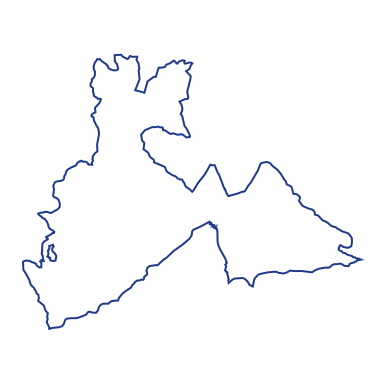 outline of Padang Lawas Utara, Sumatera Utara, Indonesia
{"feature_id": "22746128B6160471216736", "entity_name": "Padang Lawas Utara", "entity_type": "district", "adm_level": 2, "iso_a3": "IDN", "parent_name": "Indonesia", "parent_adm1": "Sumatera Utara", "projection": "albers", "projection_center": [99.778, 1.636], "detail": "fine", "context": "isolated", "style": "outline", "palette": "blue", "viewbox_px": 384, "rotation_deg": 0, "n_neighbors": 0, "source": "geoboundaries", "source_scale": "gbopen_adm2", "svg_char_len": 5863}
<svg xmlns="http://www.w3.org/2000/svg" viewBox="0 0 384 384"><path d="M129.9,56.1L128.4,58.4L127.5,59.1L122.6,56.6L121.3,54.8L114.7,55.1L114.8,61.3L117.0,64.2L118.1,68.3L118.0,69.3L116.8,70.2L113.6,70.4L110.0,69.2L108.2,67.8L107.7,65.6L106.7,65.3L106.1,64.0L102.3,61.6L99.6,59.0L98.2,59.5L97.4,59.0L94.6,63.2L93.6,66.7L93.8,69.0L95.0,71.7L94.8,75.8L93.4,78.1L91.8,79.2L91.9,81.2L90.5,83.9L90.4,85.5L90.9,86.5L92.6,87.7L93.1,88.6L93.0,91.9L93.7,93.6L93.8,95.6L95.3,97.0L96.9,97.6L97.8,98.8L100.4,98.8L101.0,99.3L99.3,103.2L95.0,107.8L95.5,112.2L92.2,114.0L91.4,115.4L91.7,116.5L93.1,117.0L93.5,117.5L94.1,120.7L96.4,125.6L98.0,127.9L98.9,131.7L99.0,134.3L97.1,144.4L97.4,151.3L94.8,153.5L92.7,156.4L92.9,157.9L92.4,159.0L93.1,160.3L91.9,162.5L92.2,164.7L88.3,164.5L87.9,163.3L86.4,162.1L84.9,161.6L82.7,161.7L81.5,160.7L80.7,161.2L80.2,161.1L79.8,161.6L79.0,161.6L77.2,163.1L75.9,165.5L71.6,167.3L67.5,169.7L66.1,171.7L65.5,174.5L64.4,175.9L64.0,178.6L63.2,179.9L61.4,180.7L56.0,181.6L54.7,182.7L53.3,185.7L54.0,189.4L53.1,195.8L53.9,196.9L56.9,198.2L58.7,200.1L59.7,203.2L59.8,205.9L59.7,206.8L58.1,209.0L51.3,212.9L50.4,213.0L47.8,212.0L45.0,211.8L43.3,212.5L40.6,212.7L38.2,213.7L39.2,215.1L41.0,216.3L42.7,218.2L44.6,218.7L47.1,222.0L48.3,225.0L48.7,227.4L50.4,229.3L52.9,230.5L54.3,232.0L53.9,233.1L52.5,233.0L51.3,234.2L46.1,237.1L46.9,238.4L47.8,238.7L47.7,239.4L44.1,241.5L42.5,243.7L42.0,250.0L42.3,250.7L41.7,253.6L42.8,256.1L42.7,257.6L43.7,261.1L43.1,261.2L41.5,260.1L40.5,260.6L40.2,261.5L41.4,263.2L41.3,267.3L39.5,267.5L36.8,265.6L35.5,263.4L31.1,261.8L30.0,261.0L26.2,260.5L23.6,261.3L23.0,262.0L23.4,269.9L25.3,272.6L29.1,279.5L30.8,284.8L33.8,287.8L35.7,291.0L36.6,293.3L38.2,294.6L38.9,297.9L38.2,300.9L43.9,305.6L45.6,310.8L47.8,313.1L47.2,316.8L47.7,319.0L46.7,322.1L49.4,327.7L49.4,328.4L48.5,329.2L51.9,328.0L59.0,327.2L62.0,326.2L63.8,323.9L65.1,320.1L66.7,318.7L70.6,318.2L76.0,318.2L78.6,317.6L85.9,314.8L88.2,312.0L89.5,311.7L92.9,312.7L96.2,312.7L97.9,310.5L98.8,307.5L99.9,305.7L101.7,304.2L103.5,303.7L108.4,303.7L110.5,301.7L112.3,300.9L114.0,301.0L115.5,300.4L117.8,300.7L118.6,299.5L118.6,298.3L122.4,293.8L125.2,291.4L131.1,287.5L132.1,285.4L133.8,283.8L135.1,282.0L137.1,280.6L139.9,280.4L141.5,279.5L143.0,279.9L143.7,279.3L144.2,277.0L147.2,274.3L147.0,272.0L146.3,271.0L147.3,268.1L148.3,266.9L150.0,266.0L156.1,265.1L157.5,265.3L163.1,260.0L166.8,257.5L173.6,251.0L182.3,244.8L189.3,238.9L191.6,235.5L192.2,231.3L193.3,229.8L200.8,226.4L209.5,221.7L211.2,223.2L210.9,223.6L209.7,223.6L209.7,224.1L210.9,224.2L211.5,223.7L211.6,225.1L213.6,225.0L213.1,226.0L214.3,226.3L213.1,226.8L214.1,227.0L215.3,226.5L214.7,227.3L215.6,227.6L214.9,228.1L215.6,228.3L215.1,229.0L216.3,228.4L217.0,229.5L217.4,232.1L217.6,241.7L218.2,244.9L219.9,249.0L225.3,258.6L226.3,261.1L226.2,262.1L226.8,262.6L226.4,263.6L225.3,264.7L226.3,266.7L225.5,268.1L225.5,269.4L225.0,270.2L225.9,271.5L226.8,271.8L226.9,272.5L227.4,272.7L227.2,273.9L228.2,276.9L228.2,278.0L228.8,279.1L228.3,280.2L228.7,282.9L232.4,279.7L234.5,278.6L241.8,278.0L244.6,278.6L247.8,281.8L249.3,284.7L252.8,286.5L254.1,280.0L254.9,278.2L258.3,274.6L261.4,273.7L267.6,272.4L273.6,271.8L276.4,271.8L278.4,272.8L283.8,273.5L286.9,272.4L290.2,270.6L294.7,271.1L301.3,271.0L312.1,272.3L315.8,269.9L319.3,268.6L324.8,267.7L329.3,267.6L332.3,265.0L334.0,264.2L336.6,264.2L340.0,263.6L341.8,264.1L344.4,265.8L348.2,266.2L349.0,265.6L349.3,264.4L350.9,263.2L354.0,262.5L355.3,261.5L356.2,261.5L357.2,260.4L361.0,259.6L358.8,258.7L356.4,258.4L354.9,257.3L353.3,257.4L352.2,256.1L347.7,254.8L345.5,253.4L342.7,252.6L341.7,251.3L339.7,250.5L338.6,249.5L339.4,246.3L339.9,245.5L340.8,245.2L342.0,246.3L343.7,247.0L346.8,247.7L348.6,247.7L351.3,246.2L352.0,242.1L351.8,238.0L349.7,234.9L347.8,233.2L341.4,231.1L339.8,229.7L337.6,228.9L335.6,227.1L333.6,226.8L331.0,225.7L328.1,223.1L325.4,221.4L322.8,220.5L318.1,215.5L314.9,214.6L314.8,212.6L314.0,211.1L312.3,209.6L307.9,208.3L302.6,205.9L299.0,200.9L300.0,197.9L299.8,196.7L296.6,194.2L293.3,193.7L291.9,188.0L291.3,186.8L290.0,185.8L286.8,184.4L285.6,180.9L284.5,179.9L280.7,173.7L277.4,169.7L272.7,166.1L270.1,163.1L267.8,162.2L266.3,162.0L263.1,162.6L260.7,163.5L257.8,170.6L250.6,183.0L249.0,184.6L245.1,190.8L244.0,191.6L241.8,191.9L238.4,193.3L228.8,196.0L228.0,195.7L226.2,192.4L225.3,189.8L224.8,189.7L225.0,189.0L223.8,187.4L219.2,175.0L217.6,172.5L214.7,165.2L212.3,165.3L210.7,164.6L210.2,164.9L205.0,174.2L197.8,183.2L193.9,189.9L192.2,191.8L189.9,189.4L186.1,186.9L184.9,185.1L184.2,182.7L183.2,181.8L182.2,179.6L180.0,179.5L177.4,178.2L175.5,176.3L173.1,175.5L166.9,171.7L164.8,166.9L154.1,162.3L154.0,160.8L153.5,159.4L151.5,158.2L149.7,156.4L148.1,152.6L143.5,149.2L144.3,143.3L144.0,142.3L142.6,141.3L142.0,139.8L141.1,134.8L144.8,130.3L152.2,127.1L155.5,127.1L158.2,126.6L159.9,127.3L162.3,127.4L162.9,128.0L163.0,130.1L165.2,130.4L170.0,133.8L171.5,133.9L172.7,133.2L177.9,134.8L181.2,134.2L183.4,135.1L186.6,137.5L189.9,136.9L190.0,136.0L188.9,133.1L186.2,128.0L184.5,125.9L182.2,116.0L180.6,113.9L182.0,111.4L182.4,108.3L181.3,104.4L179.5,101.6L184.7,99.2L187.4,98.9L188.3,97.8L187.2,91.7L190.4,78.9L190.7,76.0L186.1,71.2L189.5,69.0L190.7,65.5L192.3,63.4L190.8,62.5L189.1,62.5L186.0,63.6L184.7,63.6L184.3,62.7L184.7,60.7L182.0,60.3L178.8,61.7L177.4,63.6L176.7,63.5L174.6,61.0L173.6,60.6L170.2,63.2L166.3,64.7L165.3,66.5L164.3,67.1L162.7,67.5L158.6,67.8L155.8,76.8L153.7,76.9L147.5,81.5L144.4,92.7L135.2,90.2L139.6,79.3L138.6,70.6L139.5,68.4L138.9,66.7L138.7,63.7L136.5,59.9L137.2,56.7L132.0,56.8L130.9,56.2L129.9,56.1ZM49.1,246.1L52.9,244.8L52.9,245.3L53.7,246.4L52.6,247.8L52.1,249.2L52.7,251.5L55.1,253.7L56.3,256.1L55.5,260.6L53.3,261.1L50.4,260.4L49.9,258.7L48.1,257.0L48.8,257.0L47.8,256.3L48.5,253.6L48.0,251.9L48.6,250.4L48.2,250.2L49.5,248.0L49.1,246.1Z" fill="none" stroke="#1e3a8a" stroke-width="2"/></svg>